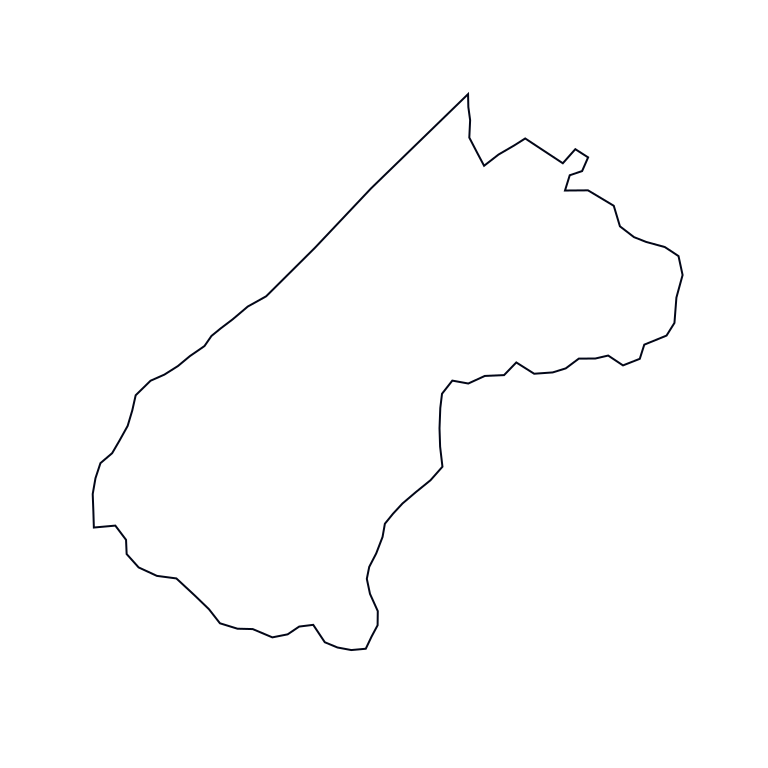 Canudos do Vale, Rio Grande do Sul, Brazil, rotated 134°
{"feature_id": "56859067B82095060655770", "entity_name": "Canudos do Vale", "entity_type": "district", "adm_level": 2, "iso_a3": "BRA", "parent_name": "Brazil", "parent_adm1": "Rio Grande do Sul", "projection": "orthographic", "projection_center": [-52.234, -29.324], "detail": "fine", "context": "isolated", "style": "outline", "palette": "ink", "viewbox_px": 768, "rotation_deg": 134, "n_neighbors": 0, "source": "geoboundaries", "source_scale": "gbopen_adm2", "svg_char_len": 1358}
<svg xmlns="http://www.w3.org/2000/svg" viewBox="0 0 768 768"><g transform="rotate(134 384 384)"><path d="M117.1,524.9L252.3,529.2L333.9,528.3L402.8,529.7L422.9,535.8L442.7,537.8L457.5,540.1L469.3,541.5L481.4,539.5L498.7,543.0L514.2,544.7L529.8,548.5L543.8,554.2L564.6,554.8L577.9,546.7L592.2,539.3L608.3,535.0L622.6,531.5L637.9,533.0L652.2,526.1L665.5,517.1L677.3,504.8L688.8,493.0L672.5,478.9L675.3,461.3L685.1,451.0L686.4,433.1L679.8,414.1L668.1,398.3L667.6,373.3L667.6,353.4L670.1,335.8L661.8,319.4L651.5,308.2L643.8,288.3L631.0,279.4L617.4,276.5L606.4,267.6L610.9,247.2L605.9,234.5L598.1,222.7L587.1,213.2L574.3,217.5L562.0,221.0L551.7,230.7L544.7,248.3L536.1,261.0L525.8,267.6L511.3,271.9L495.0,278.8L483.9,286.3L471.1,287.4L457.1,287.7L439.7,286.0L420.9,283.7L402.9,284.5L390.1,300.1L377.3,313.3L362.2,326.8L350.7,335.5L334.1,337.2L325.1,323.7L308.2,317.1L294.2,303.8L276.6,303.8L272.3,283.1L258.5,270.7L246.5,264.1L230.4,261.5L218.9,249.7L207.8,242.5L204.6,225.0L188.2,217.5L174.9,224.1L152.9,214.4L138.3,217.5L118.7,233.7L98.2,244.9L87.4,261.0L90.4,277.1L99.7,294.1L104.7,306.2L106.7,323.8L96.2,342.5L103.0,371.8L119.1,388.2L104.8,395.4L93.2,389.4L79.2,394.6L82.2,409.5L101.0,408.7L109.3,453.0L122.1,456.1L139.4,461.0L157.5,463.6L153.0,477.4L147.5,493.8L134.4,505.3L126.2,515.7L117.1,524.9Z" fill="none" stroke="#020617" stroke-width="2"/></g></svg>